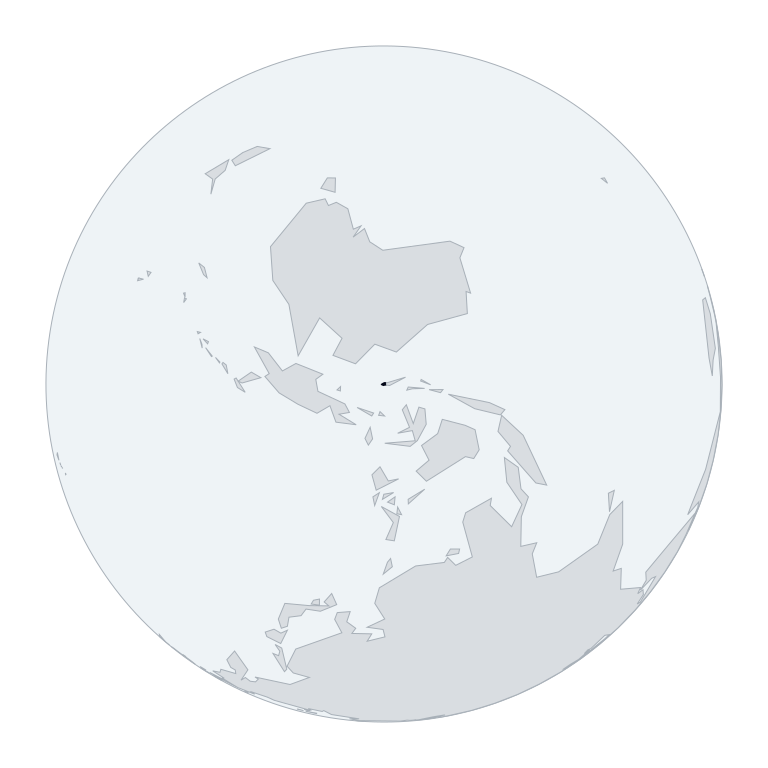 Lautém on an orthographic globe, rotated 189°
{"feature_id": "TLS-553", "entity_name": "Lautém", "entity_type": "District", "adm_level": 1, "iso_a3": "TLS", "parent_name": "East Timor", "parent_adm1": "", "projection": "orthographic", "projection_center": [126.937, -8.535], "detail": "coarse", "context": "on_globe", "style": "filled", "palette": "ink", "viewbox_px": 768, "rotation_deg": 189, "n_neighbors": 0, "source": "natural_earth", "source_scale": "10m", "svg_char_len": 7194}
<svg xmlns="http://www.w3.org/2000/svg" viewBox="0 0 768 768"><g transform="rotate(189 384 384)"><circle cx="384" cy="384" r="338" fill="#eef3f6" stroke="#a8b0b8"/><path d="M643.5,447.5L643.3,450.1L642.9,450.3L643.5,447.5ZM561.0,96.1L566.2,99.5L566.7,101.5L559.3,95.1L555.1,92.6L561.0,96.1ZM553.0,91.4L550.2,90.1L543.4,86.3L537.9,83.8L530.0,79.7L526.3,77.5L553.0,91.4ZM520.8,75.0L519.2,74.4L510.1,70.8L513.1,71.7L520.8,75.0ZM506.3,69.0L498.1,65.9L497.1,65.6L506.3,69.0ZM695.9,265.3L693.1,257.8L695.9,262.8L695.9,265.3ZM690.7,253.2L691.8,255.7L690.7,253.6L690.7,253.2ZM689.4,251.6L690.3,252.8L689.6,252.2L689.4,251.6ZM688.0,250.4L688.6,250.7L688.7,251.0L688.0,250.4ZM684.8,246.3L683.9,245.1L684.3,244.6L684.8,246.3ZM538.6,84.2L540.5,85.4L536.9,83.7L538.6,84.2ZM521.4,76.2L515.0,73.6L520.9,75.7L521.4,76.2ZM510.8,71.8L495.2,66.6L498.2,68.4L481.0,61.3L499.9,67.5L506.8,69.6L506.3,69.8L510.8,71.8ZM473.9,58.7L469.6,57.5L473.4,58.4L473.9,58.7ZM268.7,66.4L268.9,66.3L273.2,64.8L276.1,63.8L277.3,63.4L276.6,64.2L279.8,63.1L281.3,62.3L288.6,59.9L301.3,56.4L300.4,56.8L295.7,58.1L284.3,62.2L271.9,66.6L272.8,66.5L283.4,63.0L297.2,57.8L305.1,55.7L299.7,57.5L302.3,56.6L305.9,55.8L308.6,55.6L315.1,53.6L356.3,47.6L365.7,48.0L356.2,49.4L384.1,49.3L392.4,52.0L393.8,50.9L408.0,51.6L405.6,50.6L407.3,50.3L442.8,54.4L450.4,56.5L467.2,59.3L467.9,59.0L463.2,57.4L481.0,61.3L498.2,68.4L495.8,68.4L508.3,73.9L500.9,73.6L500.5,76.7L485.1,74.8L486.2,78.3L491.0,80.1L496.1,87.1L489.8,96.9L473.7,80.4L478.9,69.1L475.0,72.4L469.6,69.5L464.3,69.7L462.0,72.9L465.6,74.4L429.8,72.5L411.8,82.5L428.4,84.4L435.6,90.1L429.7,108.4L386.7,131.7L395.9,143.8L394.4,150.9L381.8,153.9L383.6,143.3L373.7,138.3L376.7,132.6L357.0,135.3L360.4,127.3L343.5,134.4L346.5,141.4L362.6,141.1L346.5,152.0L358.8,165.9L356.7,182.0L324.3,209.2L296.5,217.2L294.0,222.7L284.8,216.1L269.7,227.0L284.6,259.9L283.2,269.6L260.0,288.0L260.1,280.6L235.6,263.0L228.9,286.5L247.3,306.2L253.6,330.2L238.4,322.7L232.3,301.9L223.7,295.1L227.6,274.4L223.5,245.0L208.3,251.1L211.0,239.4L203.0,217.0L182.1,225.8L147.8,259.3L140.6,290.3L129.9,305.4L123.2,263.2L128.4,235.1L120.8,239.0L118.2,218.3L98.8,223.1L100.6,216.6L96.0,221.3L94.9,216.6L99.5,206.3L96.7,208.7L85.7,236.2L89.2,234.0L98.5,220.5L94.3,231.2L96.0,239.1L77.6,270.0L56.4,305.3L62.1,282.8L68.0,264.2L77.4,241.9L88.4,220.3L100.9,199.6L114.8,179.7L130.1,161.0L146.7,143.4L164.6,127.0L183.6,112.0L203.5,98.3L224.5,86.1L246.2,75.4L268.7,66.4ZM60.4,286.8L56.0,306.9L54.8,311.1L54.7,316.8L63.6,302.4L61.9,310.3L53.0,350.0L47.5,409.3L52.7,443.4L59.8,474.0L66.2,498.9L75.7,521.8L80.0,531.6L69.9,508.6L61.5,484.9L54.9,460.7L50.1,436.0L47.2,411.0L46.1,385.9L46.9,360.8L49.5,335.8L54.0,311.1L60.4,286.8ZM84.4,540.3L87.4,545.9L88.2,547.3L84.4,540.3ZM122.3,171.7L126.6,170.3L138.4,154.9L141.0,153.4L144.0,149.1L139.2,153.8L148.7,142.4L155.5,136.8L162.0,130.7L160.8,131.0L146.9,143.3L133.2,159.1L126.4,166.5L122.3,171.7ZM194.6,617.2L201.5,621.1L198.5,622.1L194.6,617.2ZM67.0,460.4L82.4,516.9L80.1,519.5L72.7,504.4L62.3,471.0L62.7,459.1L61.0,443.3L67.0,460.4ZM337.8,390.5L348.3,392.7L348.0,394.3L337.8,390.5ZM326.8,384.3L338.6,385.5L324.9,387.7L326.8,384.3ZM343.2,386.0L355.3,383.7L360.5,381.5L359.6,384.8L343.2,386.0ZM318.9,384.0L276.9,382.1L260.6,377.6L264.2,371.7L290.5,373.8L318.9,384.0ZM262.9,371.5L238.5,355.1L207.5,309.6L218.5,310.0L251.4,337.3L249.3,342.2L264.0,355.0L262.9,371.5ZM323.2,343.4L320.9,358.2L297.4,355.9L286.9,353.1L279.7,333.9L283.7,324.4L292.2,325.0L326.9,294.6L338.6,303.0L327.6,315.8L337.3,329.1L323.2,343.4ZM141.3,293.1L145.3,311.2L139.9,315.0L141.3,293.1ZM342.1,273.9L327.3,286.5L341.2,269.4L342.1,273.9ZM351.0,257.9L351.3,264.6L346.2,257.7L351.0,257.9ZM292.6,231.4L283.5,232.8L283.8,228.3L295.7,224.0L292.6,231.4ZM355.0,196.1L352.7,208.5L350.2,212.7L347.2,204.8L355.0,196.1ZM351.3,47.9L357.7,47.2L359.7,47.2L358.5,47.3L351.3,47.9ZM357.2,47.1L351.9,47.7L351.2,47.7L357.2,47.1ZM565.0,576.3L569.3,581.2L559.7,590.5L546.4,598.8L533.5,598.6L565.0,576.3ZM464.2,579.9L462.3,565.7L477.0,567.4L472.2,578.7L464.2,579.9ZM574.3,570.2L582.8,560.1L584.7,544.4L585.3,559.6L593.5,563.7L572.4,581.3L574.3,570.2ZM406.1,515.9L341.2,535.4L326.3,531.2L328.8,520.5L312.7,487.3L317.4,488.2L312.7,466.6L350.3,449.6L376.8,417.5L399.3,421.9L415.3,399.5L438.9,404.3L432.6,422.6L457.9,439.2L473.2,398.4L490.4,447.8L510.0,468.9L517.6,501.9L489.1,550.4L471.1,557.7L466.8,551.6L459.5,556.0L447.1,551.4L438.5,532.1L431.4,536.6L437.5,524.2L427.6,534.5L420.3,522.2L406.1,515.9ZM575.4,461.3L579.3,463.8L585.9,474.6L579.6,471.0L575.4,461.3ZM633.7,453.5L635.7,458.5L631.6,457.8L633.7,453.5ZM642.9,450.3L637.9,449.9L643.5,447.5L642.9,450.3ZM594.1,438.7L596.2,442.4L594.7,443.0L594.1,438.7ZM592.5,437.2L594.6,433.1L594.5,437.9L592.5,437.2ZM573.3,406.3L575.5,404.5L576.6,406.6L573.3,406.3ZM363.8,394.1L378.2,383.4L386.3,383.2L363.8,394.1ZM569.8,400.3L564.0,398.4L564.5,396.1L569.8,400.3ZM570.0,394.7L569.2,391.0L573.1,400.1L570.0,394.7ZM558.7,384.1L565.9,392.0L558.0,384.7L558.7,384.1ZM554.6,383.9L549.5,380.0L549.8,379.1L554.6,383.9ZM499.0,376.3L517.8,400.3L503.1,396.7L486.4,381.0L474.2,390.5L445.9,384.1L452.1,377.9L448.1,366.4L419.5,358.2L413.7,350.5L423.7,347.1L405.1,339.4L425.5,338.8L434.0,354.1L445.6,344.6L466.0,350.6L486.2,358.8L502.8,372.8L499.0,376.3ZM426.0,370.3L429.5,370.8L426.5,374.7L426.0,370.3ZM539.8,369.7L547.2,378.5L546.4,380.1L542.8,378.1L539.8,369.7ZM506.6,371.0L524.3,362.8L528.5,364.0L516.9,375.0L506.6,371.0ZM519.8,354.1L528.2,357.6L532.8,365.4L531.0,366.8L519.8,354.1ZM384.4,352.2L383.6,356.1L378.4,352.5L384.4,352.2ZM391.1,350.5L406.9,356.6L389.7,353.7L391.1,350.5ZM344.3,332.8L348.7,342.4L362.8,337.5L352.0,345.2L361.9,361.4L358.7,367.0L348.9,349.5L345.9,366.6L339.7,365.8L336.0,350.8L342.2,333.3L348.4,326.5L374.0,325.6L344.3,332.8ZM390.9,339.1L386.7,328.0L389.9,321.2L394.3,327.3L390.9,339.1ZM375.0,301.6L364.6,288.9L354.7,292.6L375.1,277.9L381.7,292.4L375.0,301.6ZM366.9,275.1L357.5,278.3L367.5,269.8L366.9,275.1ZM355.4,274.3L354.9,266.3L362.0,267.9L355.4,274.3ZM371.6,275.9L374.2,262.5L377.3,270.8L371.6,275.9ZM353.1,248.6L367.5,262.6L348.0,255.6L349.3,230.7L357.8,230.7L353.1,248.6ZM414.1,161.5L413.2,155.5L421.5,155.3L419.8,159.4L414.1,161.5ZM447.6,151.8L423.4,153.4L403.8,156.2L409.0,159.4L402.9,168.9L396.2,158.7L411.3,149.6L425.8,149.5L429.7,142.2L441.4,138.8L441.5,129.6L447.2,126.7L451.6,135.3L447.6,151.8ZM440.9,125.7L445.4,111.5L460.2,116.2L462.5,120.4L454.3,124.6L446.9,121.8L440.9,125.7ZM450.8,109.7L443.7,107.2L435.4,87.1L437.3,84.3L451.5,100.5L445.6,99.2L445.1,103.8L450.8,109.7ZM470.0,57.8L469.6,57.5L472.7,58.5L470.0,57.8ZM405.6,49.8L408.5,49.5L412.0,50.2L405.6,49.8ZM418.3,49.5L412.4,48.8L419.1,49.3L418.3,49.5ZM399.1,47.9L410.2,48.5L399.0,48.3L399.1,47.9Z" fill="#d9dde1" stroke="#a8b0b8" stroke-width="1"/><path d="M382.5,383.4L382.8,383.3L383.2,383.3L383.4,383.2L384.0,382.7L384.3,382.7L384.4,382.8L384.8,383.0L385.0,383.0L385.3,382.9L385.5,382.8L385.7,383.0L385.8,383.0L386.0,383.1L386.2,383.3L385.7,383.7L385.4,384.0L384.9,384.4L384.5,384.8L384.4,384.8L384.0,384.9L383.6,385.2L383.5,385.3L382.8,385.3L382.8,385.1L383.0,384.7L383.3,384.5L383.2,384.4L383.1,384.2L382.8,384.0L382.8,383.9L382.7,383.7L382.5,383.4Z" fill="#0f172a" stroke="#020617" stroke-width="1.5"/></g></svg>